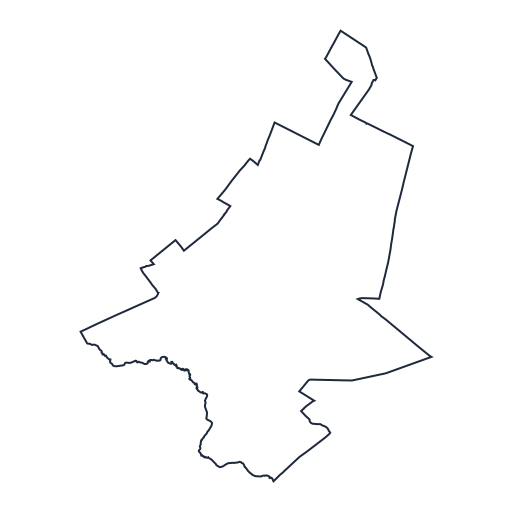 Poeni, Teleorman, Romania
{"feature_id": "2599482B3126151009527", "entity_name": "Poeni", "entity_type": "district", "adm_level": 2, "iso_a3": "ROU", "parent_name": "Romania", "parent_adm1": "Teleorman", "projection": "albers", "projection_center": [25.327, 44.433], "detail": "fine", "context": "isolated", "style": "outline", "palette": "slate", "viewbox_px": 512, "rotation_deg": 0, "n_neighbors": 0, "source": "geoboundaries", "source_scale": "gbopen_adm2", "svg_char_len": 6064}
<svg xmlns="http://www.w3.org/2000/svg" viewBox="0 0 512 512"><path d="M431.4,356.9L430.0,356.1L426.4,353.2L417.3,345.8L385.5,319.3L381.5,316.4L379.5,314.4L371.8,308.2L368.6,305.4L367.8,304.7L357.8,299.1L359.5,298.5L362.0,298.1L372.6,298.4L379.3,298.8L380.1,295.0L381.0,291.2L381.9,288.2L382.5,286.3L383.3,283.0L383.6,280.9L385.2,274.8L386.4,269.5L388.1,262.6L390.5,249.5L391.2,243.9L392.1,238.9L393.6,228.0L393.8,227.8L394.4,223.2L394.7,222.1L394.9,218.6L395.2,217.9L395.2,217.5L396.5,210.7L401.7,190.7L403.7,182.2L410.8,154.0L413.0,146.1L391.0,135.0L384.5,132.0L367.2,123.4L366.4,123.7L366.1,123.1L365.4,122.5L359.2,119.5L350.8,115.0L369.5,88.7L369.6,88.3L370.0,87.6L371.3,85.5L372.0,82.7L373.0,81.1L373.5,80.0L374.7,80.0L375.3,80.3L376.8,77.8L373.7,69.6L372.7,66.4L372.2,65.7L371.2,61.6L370.8,60.5L370.6,59.5L369.2,55.6L368.7,54.7L366.1,47.5L340.6,30.7L338.3,34.7L335.2,40.5L329.6,50.7L326.2,57.1L325.0,58.8L333.3,67.9L342.7,77.8L343.8,78.7L345.4,79.6L351.7,81.9L338.6,103.3L337.3,106.1L336.4,108.5L333.4,114.9L331.2,118.9L320.7,140.5L318.8,144.9L274.6,122.5L269.4,136.3L269.0,137.1L267.7,140.2L266.8,142.9L265.6,145.9L265.0,148.2L263.3,152.0L260.2,160.0L259.6,160.3L257.8,165.0L254.2,161.8L250.1,158.7L248.3,160.6L244.1,165.9L240.0,170.3L232.0,180.4L225.1,189.8L217.4,198.9L221.6,201.0L223.3,202.2L227.8,204.6L230.3,206.1L227.0,210.5L226.6,211.6L225.6,212.8L224.3,214.2L224.5,214.4L220.2,220.0L217.9,223.3L216.3,224.7L214.6,225.9L210.3,229.3L198.5,238.9L183.9,250.7L180.9,246.5L175.5,240.1L150.5,260.4L153.8,264.2L148.4,265.9L146.2,266.0L146.0,266.4L144.7,267.0L143.9,267.1L143.0,267.5L142.3,267.5L142.0,267.7L140.7,268.2L141.8,270.6L143.7,273.7L144.0,273.9L150.7,282.7L152.3,285.1L155.2,288.4L156.1,289.6L156.9,291.1L157.6,292.1L158.1,293.0L158.3,293.0L157.3,295.3L156.7,296.2L155.1,297.7L154.6,298.0L118.5,314.1L97.2,323.8L80.6,331.7L87.1,343.3L87.7,343.6L90.2,343.9L91.8,344.9L94.4,344.6L97.8,346.1L99.5,349.4L101.2,350.7L101.7,351.4L101.7,351.8L101.5,352.4L102.3,353.2L102.5,354.4L103.0,354.6L103.6,354.1L103.8,354.2L104.6,355.1L104.9,355.8L105.2,355.8L105.8,355.6L106.1,355.7L106.7,357.2L107.8,358.3L108.7,358.8L109.2,359.4L110.4,359.5L110.2,360.7L110.0,361.4L110.3,362.5L110.9,363.1L111.9,363.7L112.8,365.3L113.7,365.9L114.9,366.2L116.4,366.3L123.3,365.3L124.3,364.7L125.1,363.0L125.3,362.9L126.5,362.6L129.0,362.9L130.2,362.9L132.0,362.3L135.5,360.7L136.3,360.9L136.4,361.6L137.4,362.4L138.8,361.7L140.3,362.5L142.1,362.7L144.5,364.0L146.5,364.0L147.8,363.0L147.9,362.7L147.7,362.4L147.8,362.1L148.3,361.1L148.7,360.9L149.1,360.9L149.2,361.0L149.2,361.4L149.4,361.6L149.7,361.6L149.8,361.2L149.7,360.6L149.8,360.3L150.1,360.0L151.6,360.0L152.2,360.3L153.9,359.8L155.4,360.4L156.2,360.5L157.0,360.8L158.1,360.5L159.3,360.7L160.0,360.4L160.5,359.9L160.7,358.5L160.9,358.1L161.5,357.4L162.8,356.9L163.8,356.8L165.2,357.0L165.7,357.2L165.8,357.4L165.8,358.4L166.6,358.1L166.9,358.2L166.9,358.6L166.9,359.1L166.5,360.1L166.6,360.6L167.4,361.4L167.8,362.5L169.8,363.5L171.1,363.7L171.4,363.4L171.4,361.9L172.2,361.9L172.5,362.1L172.5,362.9L172.7,363.3L173.6,363.7L173.9,364.2L174.3,364.3L174.7,364.9L175.3,365.0L175.8,365.5L176.0,365.5L176.3,364.9L176.5,365.1L176.6,365.8L176.4,366.6L177.3,367.2L177.4,367.4L177.4,368.1L177.8,368.2L178.6,368.0L179.1,368.4L179.8,368.4L180.7,369.4L182.1,370.0L182.5,369.8L182.3,368.9L182.9,368.8L183.3,369.0L184.1,370.4L184.4,370.6L185.1,370.4L185.2,369.6L185.4,369.4L186.9,370.3L187.3,370.1L187.3,369.5L188.1,369.9L188.6,370.5L188.4,371.1L188.7,371.7L188.9,373.1L189.4,373.6L189.4,374.1L190.0,374.2L190.2,374.6L190.2,375.0L189.6,375.7L189.5,376.3L189.6,376.6L190.0,377.2L190.2,378.2L189.4,378.6L189.3,378.8L189.4,379.1L190.0,379.7L191.4,380.2L192.4,381.4L192.9,382.2L194.5,383.0L194.7,383.3L194.7,383.9L194.8,384.2L195.2,384.3L196.4,383.6L196.7,383.8L197.0,385.0L196.6,385.9L197.2,386.9L197.5,387.7L197.3,388.0L196.6,388.0L196.5,388.5L197.7,389.9L198.1,390.7L199.2,391.3L200.3,392.2L201.3,392.6L201.7,392.6L202.6,392.0L202.9,392.0L203.0,392.2L202.9,393.0L203.2,393.4L204.2,393.3L205.2,393.4L207.0,394.4L207.2,395.0L206.9,396.6L205.9,398.5L205.0,400.6L205.1,401.3L205.5,402.3L205.6,402.9L204.9,405.4L205.1,407.3L207.0,412.3L206.9,414.7L206.6,417.1L206.3,418.3L206.4,418.7L207.0,419.4L208.6,420.3L209.6,420.7L210.8,421.5L211.7,422.5L212.0,423.0L212.0,423.8L211.3,426.1L210.7,427.2L210.1,427.9L208.7,430.5L208.3,430.9L207.7,431.2L206.8,433.3L204.6,435.8L204.1,436.5L203.9,437.3L202.7,438.4L202.4,438.8L202.2,439.7L201.8,440.0L201.4,440.1L201.1,440.4L201.1,441.3L200.7,442.7L200.7,444.4L199.8,446.5L200.4,448.0L200.4,448.5L200.1,449.1L198.9,450.5L198.8,451.0L199.1,451.7L200.5,453.1L200.9,454.3L200.9,454.5L201.3,455.2L201.4,455.7L201.7,455.7L201.8,455.2L202.2,455.2L202.8,456.1L203.7,456.3L204.2,457.3L204.5,457.4L205.3,457.4L205.1,457.1L205.3,456.9L207.1,457.8L207.4,457.5L207.8,457.5L208.3,457.3L208.5,457.8L209.1,458.2L210.4,458.8L211.7,459.8L215.9,464.1L216.4,465.1L217.6,465.9L217.9,466.2L218.5,466.3L219.5,467.1L219.9,467.2L222.9,466.4L225.3,464.7L228.2,463.2L232.6,462.8L234.5,462.9L238.0,462.4L239.3,461.9L240.0,461.9L240.3,462.1L241.0,462.2L242.0,463.1L242.8,463.3L243.2,463.7L244.1,465.0L244.3,466.0L244.8,466.7L244.8,467.1L245.4,467.4L246.2,468.3L247.0,469.5L248.1,471.0L250.4,473.3L251.4,473.7L251.8,474.3L252.5,474.9L253.7,475.4L254.5,475.9L255.9,476.2L259.2,476.4L261.3,476.4L262.3,475.9L263.9,475.5L264.3,475.5L264.6,475.8L266.3,475.4L267.1,475.5L268.5,476.1L269.6,476.8L269.6,477.1L269.5,477.8L269.8,478.1L270.8,477.8L271.5,477.8L272.5,478.9L273.1,480.6L273.5,481.3L277.5,477.4L277.9,476.8L278.8,476.1L279.9,474.9L281.6,473.5L282.7,472.7L283.7,471.6L299.6,456.8L306.6,451.8L325.3,437.5L329.5,433.8L330.2,432.6L328.8,430.8L327.9,428.8L327.1,427.9L325.5,426.6L322.5,425.5L320.3,424.1L317.0,424.1L312.5,423.7L310.8,422.8L309.7,421.3L309.6,419.8L309.4,419.3L305.5,415.8L301.1,411.1L304.1,408.3L304.1,408.1L306.6,405.9L309.0,404.2L312.8,401.3L314.2,400.7L299.3,391.4L307.7,381.2L308.4,380.5L309.5,379.8L310.3,379.6L351.4,380.5L352.9,380.3L385.8,373.3L431.4,356.9Z" fill="none" stroke="#1e293b" stroke-width="2"/></svg>